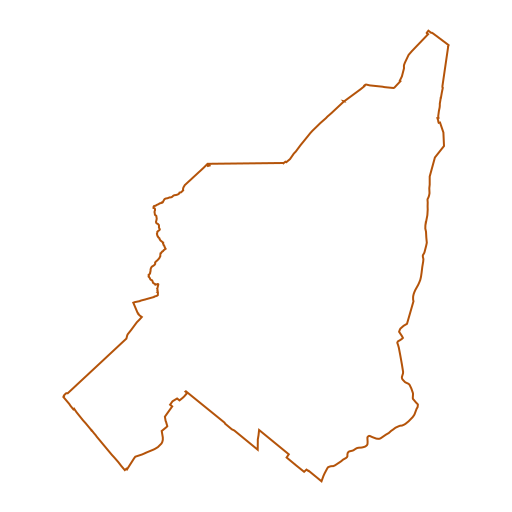 outline of Lansingerland, Zuid-Holland, Netherlands
{"feature_id": "6326949B1243164224126", "entity_name": "Lansingerland", "entity_type": "district", "adm_level": 2, "iso_a3": "NLD", "parent_name": "Netherlands", "parent_adm1": "Zuid-Holland", "projection": "orthographic", "projection_center": [4.494, 52.011], "detail": "fine", "context": "isolated", "style": "outline", "palette": "amber", "viewbox_px": 512, "rotation_deg": 0, "n_neighbors": 0, "source": "geoboundaries", "source_scale": "gbopen_adm2", "svg_char_len": 6014}
<svg xmlns="http://www.w3.org/2000/svg" viewBox="0 0 512 512"><path d="M426.7,32.9L426.8,33.3L428.1,34.2L411.8,51.2L408.6,54.9L404.9,62.7L404.1,64.8L403.9,66.0L404.0,68.2L403.9,68.7L401.9,76.4L399.8,80.7L400.4,81.2L394.4,87.6L393.5,88.0L387.2,87.4L384.4,87.1L382.5,86.7L369.8,85.4L366.5,84.6L365.8,84.6L365.3,84.8L364.4,85.5L364.7,85.8L364.6,86.0L360.9,89.0L344.2,101.3L343.7,101.2L344.0,101.5L343.6,101.5L343.3,102.0L332.4,112.2L331.9,112.7L327.5,116.5L325.9,118.2L320.3,123.1L312.4,130.8L310.3,133.1L307.9,136.1L300.5,145.2L295.9,151.4L293.8,153.6L290.0,159.1L286.3,162.2L285.4,161.7L283.5,163.2L283.4,163.0L208.8,163.8L209.6,165.5L207.9,166.0L207.0,164.4L203.8,167.6L184.8,185.1L183.4,187.5L183.0,189.1L183.0,189.4L183.2,190.3L181.3,192.1L180.9,192.4L179.5,192.6L179.0,193.7L177.7,194.5L176.1,195.0L174.5,195.2L173.7,195.5L173.2,195.8L172.2,196.8L171.1,197.3L170.6,197.4L169.6,197.4L167.6,198.2L165.8,198.5L164.9,198.9L164.4,199.3L164.0,200.0L162.9,201.9L162.8,202.3L162.4,202.6L162.1,202.4L161.7,202.4L161.5,202.6L161.4,202.9L161.3,203.0L159.6,203.4L158.8,204.0L158.0,204.4L157.0,204.8L156.0,205.4L155.7,205.7L154.1,206.0L153.9,206.3L153.7,206.5L153.5,207.0L153.5,208.0L154.6,208.3L154.8,208.6L155.0,209.2L155.0,210.2L154.6,211.4L154.5,212.2L154.7,212.8L154.8,214.1L155.1,215.0L155.9,215.5L156.3,215.9L156.7,218.6L156.7,219.0L156.5,219.7L156.4,220.3L156.1,221.4L156.0,221.9L156.1,222.4L156.4,223.1L157.1,223.6L158.1,224.1L158.9,225.1L159.0,226.3L158.9,227.3L159.0,227.6L159.4,228.7L159.6,228.9L159.8,229.2L159.6,229.6L159.5,230.0L159.3,230.2L158.0,231.1L157.3,231.8L157.3,232.8L156.9,233.7L157.0,234.3L157.2,234.7L157.3,235.6L157.8,236.5L158.1,236.6L158.3,237.4L159.3,238.1L159.5,238.4L159.5,238.8L159.7,239.3L160.5,240.5L162.4,242.0L162.7,242.4L163.2,242.6L163.2,242.8L163.0,243.1L163.0,243.6L163.6,244.5L163.6,245.1L164.4,246.1L164.8,247.4L165.6,248.8L163.6,250.3L163.0,251.2L162.2,251.5L161.9,252.0L161.5,252.3L161.2,253.0L160.5,253.3L160.3,255.1L160.3,256.2L159.2,258.3L158.6,259.0L157.3,260.4L156.2,261.3L155.4,262.1L155.1,262.6L155.2,263.8L154.6,264.8L153.3,265.8L152.2,266.4L151.5,267.1L150.8,268.5L150.7,269.2L150.5,269.9L150.6,270.9L150.3,271.7L150.3,272.2L150.1,272.5L150.1,273.3L150.0,273.5L149.4,274.3L148.7,274.7L148.9,276.0L148.9,276.3L148.6,276.4L148.7,276.8L149.5,277.6L150.0,278.5L150.3,279.3L150.8,279.8L151.9,280.2L152.1,280.5L152.4,280.9L153.0,282.7L153.2,283.0L154.0,283.5L155.2,284.1L155.3,284.3L155.1,284.4L155.3,284.7L156.8,284.3L157.1,284.3L157.7,284.0L158.1,284.1L158.3,284.3L158.3,284.5L157.5,287.9L157.4,288.3L157.2,288.6L157.3,288.7L157.5,289.6L157.6,290.5L157.4,290.7L157.5,291.0L157.8,291.8L157.8,292.2L157.6,292.3L157.9,292.5L157.9,293.7L157.8,295.2L157.4,295.5L156.7,295.9L154.3,296.6L154.0,297.0L146.4,299.1L146.3,299.3L146.3,299.2L141.9,300.3L140.2,300.8L139.9,301.1L134.9,302.1L133.3,302.7L137.6,312.9L138.3,313.4L138.6,314.2L138.5,314.3L139.7,315.5L141.8,317.0L139.2,319.9L136.9,322.2L135.4,324.2L131.2,329.9L127.7,334.3L127.2,335.4L126.4,338.6L67.7,393.3L66.7,393.2L66.1,393.3L65.6,393.7L64.0,395.4L63.8,395.8L64.0,396.4L63.4,397.0L69.3,404.0L70.4,405.7L73.4,409.4L74.1,408.7L76.5,412.2L82.9,420.2L85.7,423.3L90.5,429.1L91.4,430.4L91.6,430.2L93.8,433.0L95.6,435.1L96.0,435.6L96.5,436.4L101.9,442.9L111.8,454.8L114.3,457.5L118.3,462.1L121.3,466.0L124.8,470.1L126.4,468.7L127.0,469.4L134.1,458.3L135.3,456.7L142.0,454.5L145.5,453.0L145.5,452.9L153.5,449.6L155.1,448.8L157.9,447.1L161.5,443.5L162.3,441.9L162.8,439.9L162.8,437.4L161.7,431.0L166.6,427.0L167.3,426.2L166.0,421.7L165.6,420.9L164.9,416.7L172.2,406.4L170.1,404.7L172.5,401.3L177.1,398.5L179.5,400.4L182.5,398.0L183.6,397.0L184.6,396.0L186.4,393.7L186.5,393.8L187.1,392.9L185.5,391.6L185.9,391.3L224.0,422.2L224.6,422.7L225.1,423.7L231.8,429.3L234.3,430.5L257.7,449.7L257.8,442.3L257.8,439.5L258.5,435.4L259.1,430.0L288.8,454.3L286.6,457.5L296.0,465.3L304.1,471.8L306.5,469.6L308.4,471.0L308.7,470.8L321.5,481.3L323.5,475.8L324.6,473.4L327.3,468.3L328.1,467.2L329.9,466.5L331.1,466.2L333.3,466.1L334.9,465.4L341.1,461.3L343.1,459.6L346.0,458.0L347.0,457.1L347.4,456.2L347.4,454.4L347.7,453.0L348.4,452.0L349.3,451.4L352.3,450.7L353.4,450.3L355.8,448.7L357.2,448.0L358.9,447.7L361.2,447.6L362.8,447.3L364.9,446.7L366.3,445.8L367.0,445.1L367.2,444.7L367.5,444.0L367.6,441.7L367.4,437.9L367.5,437.2L368.3,436.3L369.1,435.9L369.9,436.0L372.3,437.1L376.3,438.6L378.2,438.8L379.1,438.8L379.9,438.6L380.9,438.1L386.0,434.6L388.8,433.0L391.1,430.9L393.0,429.6L395.5,427.7L398.8,426.2L400.2,425.7L401.9,425.6L403.8,424.8L405.4,423.9L408.6,421.3L412.7,417.1L414.1,415.1L414.5,414.4L416.6,408.8L417.6,407.1L417.9,404.6L417.6,404.1L416.0,402.5L412.9,398.8L412.8,397.9L413.0,394.4L413.0,393.6L412.8,392.7L411.3,388.4L409.6,384.9L409.2,384.4L408.3,383.7L405.7,382.5L405.0,382.1L403.1,380.1L402.3,379.1L402.1,378.5L401.9,377.7L401.9,377.0L403.0,373.4L403.1,371.9L401.9,364.4L400.2,354.9L398.8,347.6L398.1,345.1L397.3,342.8L397.4,342.4L397.9,341.4L400.3,340.0L402.0,338.8L402.9,337.9L401.9,336.0L399.1,331.8L399.7,330.0L400.4,328.6L403.6,325.8L407.0,323.8L413.5,301.2L413.3,300.5L413.1,299.5L413.1,297.2L413.2,296.1L413.7,294.0L414.3,292.3L415.3,290.0L418.2,284.8L419.1,282.8L420.2,280.1L420.6,278.5L421.0,276.7L421.6,272.6L422.3,266.8L423.2,261.5L423.4,259.1L422.9,257.0L422.8,255.9L423.0,255.0L424.1,253.2L424.5,252.2L426.1,246.0L426.5,244.2L426.8,242.7L426.3,237.3L426.0,231.7L425.3,228.5L425.4,225.2L425.7,223.1L425.8,223.2L427.3,215.5L427.4,214.5L427.7,209.6L427.6,206.5L427.7,202.4L427.5,199.7L427.6,199.1L428.4,197.5L428.9,196.1L429.2,194.9L429.5,193.2L429.3,188.2L429.7,184.7L429.7,182.8L429.7,176.5L434.9,157.5L444.0,146.0L443.4,132.5L440.0,122.5L438.7,122.8L438.3,121.7L438.2,120.5L437.4,118.1L438.5,117.9L438.2,116.1L438.3,115.5L438.9,111.0L439.6,107.6L439.8,105.9L439.8,103.7L440.5,99.5L440.7,97.9L440.9,97.9L441.8,92.7L442.8,87.8L442.5,87.5L442.4,86.3L448.0,47.8L448.1,46.8L448.0,46.6L448.5,45.6L448.6,45.1L433.1,33.5L432.0,32.8L431.1,32.8L428.4,30.7L426.7,32.9Z" fill="none" stroke="#b45309" stroke-width="2"/></svg>